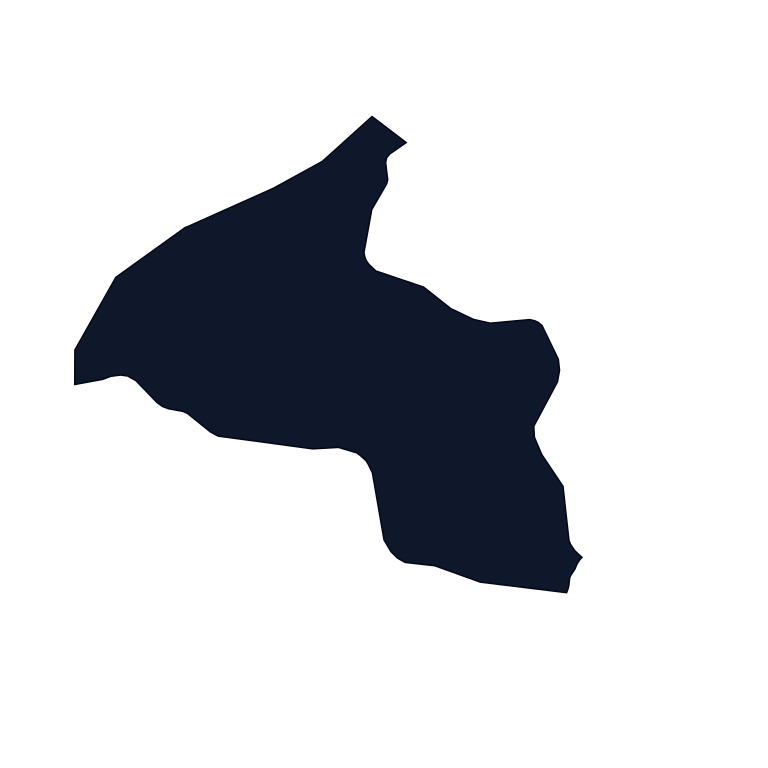 outline of Southwark, rotated 310°
{"feature_id": "GBR-2771", "entity_name": "Southwark", "entity_type": "London Borough", "adm_level": 1, "iso_a3": "GBR", "parent_name": "United Kingdom", "parent_adm1": "", "projection": "robinson", "projection_center": [-0.067, 51.465], "detail": "fine", "context": "isolated", "style": "filled", "palette": "ink", "viewbox_px": 768, "rotation_deg": 310, "n_neighbors": 0, "source": "natural_earth", "source_scale": "10m", "svg_char_len": 1107}
<svg xmlns="http://www.w3.org/2000/svg" viewBox="0 0 768 768"><g transform="rotate(310 384 384)"><path d="M293.3,110.0L376.1,131.1L377.7,132.1L462.8,173.4L515.0,193.7L581.2,202.9L583.2,245.8L564.0,240.6L558.9,240.6L554.6,243.0L542.8,255.6L539.0,257.4L509.8,262.5L471.9,284.1L469.1,287.5L467.1,291.1L465.9,295.7L465.4,305.2L483.7,352.1L484.7,386.8L491.0,411.0L498.9,426.3L527.0,454.2L529.3,458.8L530.3,462.2L530.4,467.4L515.0,501.7L507.3,509.7L497.2,515.5L447.9,525.9L439.8,533.6L431.4,550.1L420.7,586.9L383.3,626.0L381.1,629.8L378.9,637.5L378.4,647.1L375.0,647.0L371.8,647.3L370.1,647.6L365.3,649.1L363.6,649.4L358.0,650.0L356.7,650.3L355.4,650.6L354.2,651.3L348.3,655.2L345.0,656.8L341.5,658.0L294.1,585.1L277.4,539.7L260.9,514.9L259.3,506.3L260.0,497.2L264.6,484.2L308.6,432.1L312.4,423.5L313.7,419.4L314.0,411.3L313.7,407.3L306.1,389.8L288.5,371.1L237.5,290.5L235.7,281.9L235.1,252.2L233.8,247.6L226.6,235.0L224.4,228.8L223.9,221.9L227.1,191.8L225.4,182.6L221.6,176.5L214.3,169.8L206.7,165.5L184.8,147.4L211.4,125.3L234.6,121.0L293.3,110.0Z" fill="#0f172a" stroke="#020617" stroke-width="1.5"/></g></svg>